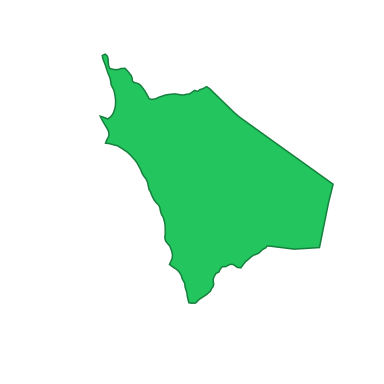 the district of Maceió, Alagoas, Brazil, rotated 115°
{"feature_id": "56859067B19267714233978", "entity_name": "Maceió", "entity_type": "district", "adm_level": 2, "iso_a3": "BRA", "parent_name": "Brazil", "parent_adm1": "Alagoas", "projection": "orthographic", "projection_center": [-35.697, -9.542], "detail": "fine", "context": "isolated", "style": "filled", "palette": "green", "viewbox_px": 384, "rotation_deg": 115, "n_neighbors": 0, "source": "geoboundaries", "source_scale": "gbopen_adm2", "svg_char_len": 2291}
<svg xmlns="http://www.w3.org/2000/svg" viewBox="0 0 384 384"><g transform="rotate(115 192 192)"><path d="M188.5,53.0L144.2,63.7L125.3,67.4L113.2,131.9L112.3,136.9L104.7,177.1L103.9,181.2L103.1,183.9L102.2,187.3L99.3,195.5L98.0,199.3L96.2,204.5L92.7,214.5L91.1,218.9L90.3,223.2L93.8,225.8L95.9,228.1L98.5,229.5L98.8,232.6L101.1,233.9L104.1,235.7L106.0,238.6L108.1,241.4L110.3,248.9L112.2,252.3L115.0,256.7L118.4,260.3L120.2,262.2L122.9,264.3L125.2,267.7L125.5,270.3L124.0,272.3L122.3,274.6L120.1,277.7L117.1,283.4L116.5,286.4L117.1,290.3L116.8,292.9L114.2,294.2L112.1,296.4L109.9,300.8L108.2,305.0L110.1,308.6L112.0,310.4L113.7,313.5L114.8,318.4L113.1,320.8L109.6,322.8L106.2,324.7L104.5,326.4L103.7,328.9L106.2,331.0L108.5,329.4L110.7,327.3L112.8,325.0L117.0,321.0L119.6,318.6L121.9,316.0L124.3,313.7L126.6,312.1L128.9,310.7L130.9,308.3L132.4,306.2L134.4,304.5L137.7,302.2L141.4,299.9L144.6,298.5L147.2,297.6L150.2,297.0L153.0,296.7L155.6,296.9L158.7,297.7L161.4,299.3L161.6,304.0L162.1,307.2L164.5,304.2L167.0,300.7L168.9,297.9L170.7,295.2L172.5,293.2L174.8,291.6L177.3,291.0L180.9,291.3L184.3,291.0L183.1,287.4L182.7,285.0L182.3,282.4L181.6,279.4L182.0,275.2L182.6,271.5L183.1,268.0L183.9,265.3L184.8,262.9L185.8,260.5L187.3,257.0L188.9,254.0L190.8,251.5L193.3,248.1L196.0,245.3L198.0,242.4L199.7,239.1L201.9,236.5L204.9,234.2L207.9,232.0L209.3,229.8L211.3,227.9L213.4,225.4L215.5,222.6L216.8,219.9L217.9,216.8L219.7,214.6L222.4,212.7L225.1,210.3L227.3,207.2L229.6,205.2L232.1,203.3L234.3,201.9L237.2,200.5L241.0,198.7L245.0,197.3L247.5,195.3L249.0,192.4L250.5,189.1L253.8,185.8L256.0,184.0L258.0,182.8L260.4,182.0L263.9,181.8L267.2,181.8L268.3,176.5L268.5,174.0L269.1,171.7L270.3,169.2L272.2,166.4L275.0,164.0L276.3,162.0L278.2,159.7L280.8,158.3L282.5,156.8L285.4,154.1L288.4,152.3L290.9,150.3L293.7,148.1L293.0,145.4L291.1,141.8L286.3,140.1L282.5,137.7L278.5,135.3L274.0,133.4L271.1,133.4L268.8,132.9L266.2,133.4L264.3,134.8L261.8,136.0L258.9,136.2L255.3,135.7L253.5,133.9L250.0,133.8L246.9,133.0L245.4,129.9L241.4,126.9L240.3,123.9L241.2,119.0L240.1,115.7L236.2,114.9L232.7,114.1L229.8,112.7L226.3,111.2L223.3,109.6L221.8,107.9L219.4,105.8L217.1,104.8L214.3,103.7L211.5,101.6L209.3,101.2L208.2,98.7L200.6,75.2L188.5,53.0Z" fill="#22c55e" stroke="#15803d" stroke-width="1.5"/></g></svg>